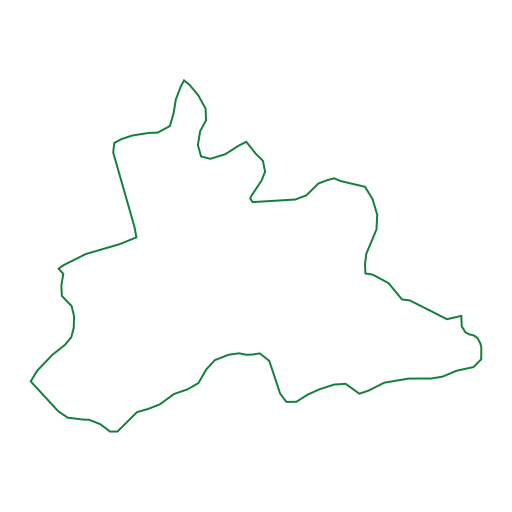 SVG path tracing the border of Kadiogo
{"feature_id": "BFA-2815", "entity_name": "Kadiogo", "entity_type": "Province", "adm_level": 1, "iso_a3": "BFA", "parent_name": "Burkina Faso", "parent_adm1": "", "projection": "albers", "projection_center": [-1.48, 12.365], "detail": "fine", "context": "isolated", "style": "outline", "palette": "green", "viewbox_px": 512, "rotation_deg": 0, "n_neighbors": 0, "source": "natural_earth", "source_scale": "10m", "svg_char_len": 1424}
<svg xmlns="http://www.w3.org/2000/svg" viewBox="0 0 512 512"><path d="M461.3,315.9L461.7,326.3L465.4,332.3L469.7,334.5L473.8,335.4L477.3,337.9L480.2,343.0L481.3,347.2L481.2,359.3L473.4,367.1L456.7,370.7L442.4,376.7L431.2,378.5L408.5,378.6L384.2,382.7L368.6,390.6L359.4,393.7L345.6,383.8L334.0,384.6L319.7,389.2L307.9,394.5L296.3,401.8L286.4,401.9L280.2,393.7L269.3,360.9L259.8,353.4L252.6,354.5L246.8,354.8L238.9,353.3L228.5,354.8L214.9,360.1L206.3,369.4L198.4,383.1L187.6,389.3L174.0,394.0L159.9,404.3L148.2,408.9L137.0,412.1L117.5,431.5L110.1,431.6L100.3,424.2L88.9,419.7L84.4,419.7L67.7,417.7L58.0,411.0L30.7,381.4L37.2,370.7L52.4,354.8L65.1,344.7L71.3,337.2L73.7,327.9L74.1,316.4L71.6,306.0L61.8,295.9L61.4,285.2L63.3,273.9L58.6,268.7L63.3,265.3L85.8,254.0L120.1,244.0L136.4,237.3L134.5,227.0L113.2,152.5L114.3,143.0L121.2,139.2L132.3,135.5L149.1,132.9L157.8,132.6L169.9,126.0L173.7,112.7L175.8,99.5L180.7,86.8L184.0,80.4L189.3,84.6L198.2,95.2L205.6,108.7L206.0,120.4L200.1,131.3L197.9,145.1L201.1,156.5L210.4,158.8L225.5,154.1L238.2,145.9L246.3,141.8L255.8,153.8L262.9,160.8L265.1,171.6L261.7,180.3L251.7,195.4L250.2,198.5L252.7,202.1L295.3,199.5L306.4,195.3L318.4,183.5L327.1,180.2L334.2,178.3L340.4,181.0L365.0,186.8L372.5,199.0L377.2,214.7L376.5,229.4L366.3,253.8L365.0,264.3L365.4,273.4L372.8,274.7L388.5,283.1L401.9,299.4L409.9,300.5L447.0,319.2L461.3,315.9Z" fill="none" stroke="#15803d" stroke-width="2"/></svg>